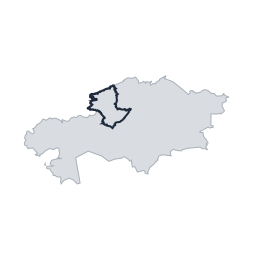 Qostanay highlighted on a map of Kazakhstan, rotated 348°
{"feature_id": "KAZ-3196", "entity_name": "Qostanay", "entity_type": "Region", "adm_level": 1, "iso_a3": "KAZ", "parent_name": "Kazakhstan", "parent_adm1": "", "projection": "equal_earth", "projection_center": [62.901, 51.427], "detail": "fine", "context": "in_parent", "style": "outline", "palette": "slate", "viewbox_px": 256, "rotation_deg": 348, "n_neighbors": 0, "source": "natural_earth", "source_scale": "10m", "svg_char_len": 7971}
<svg xmlns="http://www.w3.org/2000/svg" viewBox="0 0 256 256"><g transform="rotate(348 128 128)"><path d="M150.7,165.4L149.5,165.9L148.8,166.9L147.9,166.6L146.3,168.4L141.2,171.2L138.3,175.1L138.2,176.9L137.4,177.0L135.3,175.6L135.7,174.0L134.7,172.8L128.0,173.0L126.7,167.2L124.1,167.1L124.5,160.1L122.9,160.9L121.2,157.9L118.0,155.1L115.5,156.2L108.9,155.7L102.4,156.6L98.0,151.9L97.2,150.4L84.4,142.4L70.6,146.2L69.7,171.9L66.7,172.1L63.7,167.4L59.9,164.8L54.1,166.1L50.9,168.7L50.9,166.4L51.8,164.1L51.8,161.8L48.1,161.0L46.7,159.0L45.0,158.9L45.2,156.7L44.0,154.8L43.0,151.8L40.4,150.9L40.0,149.9L40.3,149.1L40.9,148.8L43.3,148.8L44.9,149.6L46.9,149.4L45.7,148.8L44.2,146.7L46.6,143.7L51.9,143.4L56.0,143.9L53.8,142.3L56.0,138.1L55.7,136.1L56.4,134.8L55.9,133.6L55.1,132.9L52.9,132.7L51.0,133.8L48.4,132.4L46.1,131.9L42.1,133.4L39.1,135.3L36.3,135.8L36.3,136.6L35.9,136.4L35.4,136.7L35.6,137.1L32.4,135.5L31.9,135.0L32.0,134.4L33.9,134.6L34.4,134.1L30.8,127.9L27.3,127.2L26.2,127.6L25.3,126.3L25.4,124.4L23.4,123.2L23.2,122.1L23.9,120.6L25.8,118.3L24.8,116.9L25.0,116.0L26.1,113.7L27.5,112.8L28.0,111.0L29.0,110.2L30.0,110.3L32.9,113.7L33.4,113.9L35.1,113.2L35.6,112.7L34.8,108.8L35.8,108.9L38.5,107.3L39.5,105.8L41.2,105.5L43.8,104.3L46.4,101.7L48.2,102.2L49.1,103.3L50.4,103.2L53.6,101.8L55.2,103.2L59.1,103.2L63.0,106.1L64.3,107.7L64.5,109.0L64.9,109.3L65.4,108.5L65.0,106.7L65.5,106.2L69.0,108.5L70.7,109.0L72.5,108.2L73.1,107.3L74.9,106.2L75.5,106.4L77.5,105.9L79.6,107.0L80.7,106.8L81.7,105.7L84.3,105.9L86.9,108.3L89.8,108.8L90.1,109.6L91.6,109.0L92.9,107.3L94.7,108.4L97.4,108.3L99.6,107.2L100.6,104.9L100.5,104.2L99.5,103.5L95.0,102.2L94.7,101.4L92.9,100.4L94.9,99.2L96.1,99.0L97.8,97.8L96.7,95.7L98.1,93.8L102.7,94.0L103.2,93.6L102.9,93.0L101.1,92.3L98.8,91.9L98.7,91.6L99.0,90.9L100.5,90.4L100.2,90.1L99.1,90.3L97.8,89.8L99.1,87.4L102.5,87.8L115.0,85.1L117.2,85.1L118.0,85.4L118.7,84.3L119.9,83.7L123.6,83.4L133.0,81.5L133.4,81.1L133.2,80.4L134.7,80.2L136.9,79.0L139.4,79.2L142.8,80.4L145.5,79.6L146.4,80.6L147.9,83.8L147.8,85.3L147.4,85.9L147.6,86.2L148.8,86.5L152.1,86.2L152.9,85.5L154.0,86.7L154.4,87.8L155.0,87.5L154.9,86.9L155.1,86.7L156.6,86.8L158.2,87.8L160.6,87.2L160.4,87.9L158.7,89.3L158.7,90.0L159.3,90.9L161.5,89.8L163.2,90.1L164.0,90.6L164.4,89.7L166.2,88.6L168.1,88.1L168.8,87.7L169.0,86.9L175.7,84.8L175.0,86.6L173.8,86.6L174.2,87.4L181.5,92.0L190.7,103.2L193.9,107.8L196.0,106.7L195.9,105.1L197.3,104.4L199.3,105.1L199.2,106.5L200.8,106.6L201.4,108.0L206.6,108.1L207.8,107.0L210.8,106.4L213.9,107.8L216.3,111.2L219.9,112.4L220.1,113.5L221.5,115.3L226.5,116.0L228.8,114.2L229.1,114.7L228.7,115.6L229.7,116.1L230.9,117.4L232.2,117.9L232.8,118.7L230.1,119.0L229.8,119.7L230.0,121.3L229.3,122.4L225.3,123.4L224.6,126.5L225.9,130.9L225.1,132.2L223.9,132.4L221.7,133.7L221.0,132.8L217.6,132.8L212.2,131.4L209.7,142.1L209.8,142.6L211.4,143.3L211.6,144.2L211.2,145.3L209.7,144.7L208.1,145.1L206.6,143.8L198.2,146.2L197.3,147.0L198.0,147.6L199.4,147.5L200.6,148.2L200.1,149.3L200.4,152.4L202.3,156.1L202.6,157.9L203.3,159.0L203.1,159.4L202.4,159.2L201.2,159.8L201.2,160.3L202.1,161.0L200.4,161.9L200.3,162.7L201.0,165.5L200.8,165.8L199.1,164.2L196.4,163.7L194.6,161.7L183.0,160.3L176.8,160.5L175.8,161.4L174.3,161.2L171.3,160.2L167.9,158.4L166.6,158.7L164.5,160.1L164.0,162.9L164.4,164.2L157.7,161.8L154.9,161.3L152.3,162.0L150.4,164.7L150.7,165.4ZM39.8,147.2L39.4,147.4L38.9,146.6L39.1,145.9L39.5,145.6L39.1,146.5L39.8,147.2ZM53.3,143.4L52.9,143.3L52.6,143.0L53.2,142.6L53.3,143.4Z" fill="#d9dde1" stroke="#a8b0b8" stroke-width="1"/><path d="M122.4,83.8L123.0,83.6L123.6,85.7L123.1,85.9L123.4,86.2L124.0,86.4L124.4,86.9L123.2,87.3L122.7,87.5L122.8,88.1L123.1,88.7L123.4,88.7L123.7,89.1L123.7,89.7L123.2,90.1L123.4,90.6L124.1,90.7L124.2,91.4L124.3,92.1L124.6,92.5L125.0,92.8L124.6,93.1L123.5,93.2L123.2,93.6L123.3,93.8L123.5,94.0L123.6,94.3L123.6,94.6L123.6,95.1L123.2,95.4L123.1,96.4L123.0,97.4L123.0,98.8L122.6,99.2L122.3,99.8L122.1,100.6L121.4,101.3L120.4,101.5L120.1,101.5L120.0,101.9L120.8,102.3L121.1,102.8L121.0,103.4L120.9,103.7L120.9,103.9L121.0,104.1L120.9,104.2L120.6,104.4L120.4,104.6L120.6,104.9L120.6,105.3L121.5,106.5L121.6,107.6L122.2,107.6L122.7,107.1L123.3,107.0L123.8,107.3L123.9,107.7L124.1,107.8L124.6,107.8L124.9,108.2L125.4,108.5L127.3,109.0L128.7,108.8L129.3,109.1L129.3,109.6L129.1,110.0L129.3,110.3L129.8,110.6L130.5,110.3L131.2,110.1L132.5,109.9L133.3,109.7L133.7,109.5L133.8,109.6L134.1,109.8L134.6,110.1L134.3,110.6L133.8,111.1L132.3,111.4L132.0,111.5L132.0,111.8L132.0,112.1L132.1,112.6L130.9,113.8L127.6,116.4L127.2,116.9L126.6,117.1L126.4,117.8L125.8,117.9L124.0,119.3L123.0,119.4L122.3,119.7L121.9,120.2L120.8,120.4L118.5,120.1L116.8,120.3L116.2,121.6L115.6,121.6L115.6,121.8L115.6,122.1L115.8,122.6L115.2,122.7L114.1,123.2L114.0,123.9L112.8,124.9L111.2,122.8L107.9,121.3L108.1,120.7L108.0,120.2L107.3,120.1L106.9,120.3L106.1,120.1L105.0,119.0L104.6,118.2L104.1,118.1L104.6,117.9L105.2,117.8L104.2,116.4L104.1,116.1L104.3,115.9L105.0,115.9L104.8,115.4L105.0,114.8L105.5,114.4L105.8,113.7L106.3,113.4L106.9,113.6L107.3,113.4L107.2,112.6L106.2,111.3L105.4,109.9L105.0,108.4L104.5,108.4L104.3,108.3L104.3,107.9L104.6,107.3L103.9,106.7L104.0,106.2L103.5,105.6L102.9,105.9L102.5,105.5L102.4,105.1L102.4,104.8L102.1,104.4L101.8,104.6L101.0,104.6L100.7,104.5L100.5,104.4L100.4,104.3L100.2,103.8L100.1,103.6L99.9,103.6L99.7,103.4L99.2,103.4L98.9,103.3L98.5,103.3L98.4,103.3L98.2,103.3L97.9,103.2L97.7,103.1L97.4,102.8L97.4,102.7L97.4,102.4L95.3,102.4L95.2,102.4L95.2,102.2L94.6,102.1L94.5,101.9L94.8,101.7L95.1,101.4L95.0,101.2L94.1,101.0L93.6,100.7L93.4,100.7L93.3,100.8L93.2,100.9L92.9,100.8L92.7,100.4L92.7,100.2L92.8,100.0L93.8,100.0L94.5,99.4L94.9,99.1L95.3,99.0L95.6,99.0L95.9,99.1L96.1,99.0L96.4,98.9L96.6,98.6L97.2,98.4L97.3,98.3L97.5,98.1L97.8,98.0L98.0,97.8L97.6,97.4L97.5,97.0L97.5,96.9L97.4,96.8L97.0,96.7L96.9,96.7L96.9,96.3L96.9,96.1L96.4,96.0L96.3,95.8L96.2,95.8L96.2,95.7L96.3,95.3L96.5,95.2L96.8,95.2L97.0,95.1L97.2,94.8L98.1,94.2L97.7,93.9L98.1,93.9L98.3,93.8L98.6,93.6L98.8,93.6L99.0,93.6L99.3,93.8L99.6,93.8L99.7,93.7L99.9,93.6L100.1,93.5L100.7,94.0L100.8,94.0L101.0,93.9L101.4,93.9L101.9,93.8L102.1,93.9L102.4,94.1L102.6,94.1L103.0,94.0L103.2,93.9L103.3,93.7L103.4,93.4L103.3,93.1L103.2,93.0L103.1,92.9L102.0,92.7L101.6,92.6L101.3,92.4L101.1,92.2L100.6,92.4L100.4,92.4L100.2,92.3L99.7,92.0L99.1,92.0L98.9,92.0L98.7,91.8L98.6,91.7L98.5,91.4L98.6,91.2L98.9,91.0L98.9,90.8L99.0,90.6L99.3,90.6L99.6,90.9L99.8,91.0L100.0,90.9L100.3,90.7L100.6,90.5L100.5,90.1L100.4,90.0L99.8,90.0L99.7,90.1L99.4,90.3L98.6,90.2L98.4,90.0L98.1,89.9L97.4,89.9L97.4,89.6L97.9,89.7L98.1,89.6L98.1,89.4L98.4,89.3L98.5,89.2L98.9,88.7L98.5,88.4L98.4,88.3L98.2,88.2L97.9,88.2L97.8,87.9L98.0,87.8L98.4,87.8L98.6,87.8L98.8,88.0L99.0,87.9L99.0,87.7L98.9,87.5L98.9,87.4L99.1,87.4L99.3,87.3L99.5,87.1L100.0,87.1L100.2,87.4L100.3,87.5L100.6,87.5L100.7,87.8L100.8,87.8L100.9,87.7L101.0,87.5L101.4,87.5L101.6,87.6L101.8,87.5L102.0,87.5L102.0,87.8L102.3,87.9L102.9,87.9L102.9,87.4L104.9,87.3L105.0,87.3L105.0,87.5L104.8,87.6L104.7,87.7L104.8,87.9L104.9,88.0L105.1,88.0L105.3,88.2L105.4,88.3L105.5,88.2L105.5,87.9L105.7,87.7L105.6,87.3L105.7,87.2L105.9,87.1L106.1,87.0L106.6,87.0L106.8,86.9L107.2,87.0L107.3,87.0L107.7,86.9L108.2,87.0L108.3,86.9L108.4,86.7L108.4,86.4L108.5,86.4L108.8,86.4L109.4,86.5L109.6,86.5L109.7,86.4L110.0,86.3L110.1,86.2L110.5,86.2L111.3,86.0L111.6,86.0L112.0,86.3L112.2,86.2L112.4,86.2L112.6,86.1L112.8,85.9L112.7,85.8L112.6,85.7L112.8,85.6L113.0,85.6L113.4,85.5L113.6,85.5L113.8,85.4L114.0,85.4L114.3,85.4L114.8,85.3L115.0,85.2L115.2,85.3L115.3,85.2L115.5,85.1L115.9,85.4L116.0,85.4L116.5,85.3L116.8,85.1L117.2,85.0L117.5,85.1L117.9,85.5L118.0,85.6L118.3,85.5L118.5,85.6L118.6,85.4L118.5,84.7L118.6,84.3L119.3,84.1L119.7,84.1L119.8,84.1L119.8,83.7L120.4,83.7L121.1,83.8L121.4,83.7L121.5,83.5L121.6,83.4L121.8,83.3L122.1,83.2L122.2,83.3L122.3,83.7L122.4,83.8Z" fill="none" stroke="#1e293b" stroke-width="2"/></g></svg>